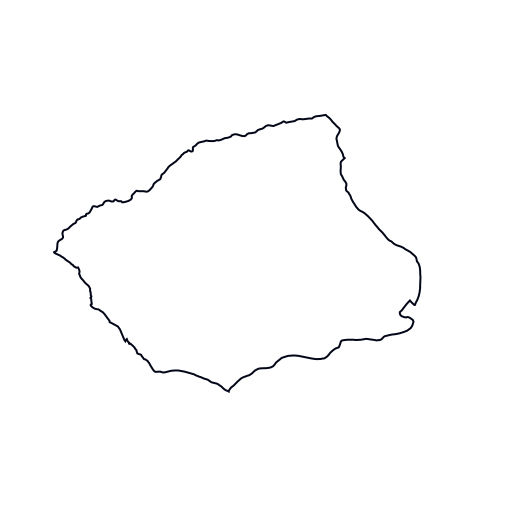 Guacamayas, Boyacá, Colombia (orthographic projection), rotated 309°
{"feature_id": "7082276B5758535109940", "entity_name": "Guacamayas", "entity_type": "district", "adm_level": 2, "iso_a3": "COL", "parent_name": "Colombia", "parent_adm1": "Boyacá", "projection": "orthographic", "projection_center": [-72.516, 6.443], "detail": "fine", "context": "isolated", "style": "outline", "palette": "ink", "viewbox_px": 512, "rotation_deg": 309, "n_neighbors": 0, "source": "geoboundaries", "source_scale": "gbopen_adm2", "svg_char_len": 6105}
<svg xmlns="http://www.w3.org/2000/svg" viewBox="0 0 512 512"><g transform="rotate(309 256 256)"><path d="M165.6,93.8L161.7,93.1L159.5,92.9L158.4,92.6L156.7,91.7L155.7,90.8L154.8,90.5L154.0,90.4L151.9,91.2L150.5,92.7L149.8,93.7L149.0,94.3L148.2,94.5L147.3,94.5L144.0,93.3L142.9,93.2L142.0,93.3L141.0,93.7L137.1,96.4L135.0,97.6L134.4,97.7L131.9,96.7L131.6,97.6L131.8,98.7L133.0,103.3L133.2,105.6L133.5,107.3L133.5,109.6L133.3,110.3L133.8,115.5L133.5,117.9L133.8,119.4L133.5,120.1L133.4,121.3L133.4,121.8L133.7,122.1L133.7,123.1L133.8,123.6L134.5,124.5L135.1,124.9L134.4,126.5L133.5,128.0L132.9,128.6L130.7,129.9L130.2,131.1L129.2,132.7L128.7,134.1L128.4,136.5L127.6,140.1L127.4,144.9L127.1,145.7L126.1,147.8L124.4,149.0L123.9,150.2L123.3,150.6L122.3,151.7L121.3,152.6L121.1,153.4L120.7,153.6L119.5,153.7L119.7,154.1L116.4,157.4L115.6,158.4L115.2,158.6L114.8,158.3L114.1,158.2L113.8,158.4L113.5,159.0L113.3,159.9L113.3,162.0L113.5,163.4L114.0,164.8L115.4,167.3L115.6,170.2L115.9,172.5L115.5,174.9L113.5,182.7L113.3,183.2L112.5,183.9L113.1,186.4L114.3,193.0L113.3,196.6L107.8,206.8L107.5,208.1L108.6,207.8L110.1,207.9L109.0,209.9L108.8,210.7L108.8,211.9L108.0,212.4L108.2,213.1L108.3,213.3L108.9,213.8L108.7,214.4L108.8,215.3L108.5,219.0L107.8,220.6L107.7,221.7L107.6,222.2L107.0,223.0L106.6,223.5L105.6,225.2L106.9,228.9L106.8,229.3L106.3,230.1L105.9,232.2L105.4,233.6L105.4,234.0L106.0,235.0L106.2,237.8L105.7,239.4L105.5,240.7L104.8,242.0L102.9,247.4L102.5,249.1L102.5,250.0L102.7,250.8L105.8,254.2L106.8,256.8L108.1,258.3L113.3,262.2L116.1,265.1L118.1,267.6L121.2,273.3L124.9,281.9L125.5,284.6L126.5,287.9L127.1,289.3L128.0,292.7L129.5,296.3L129.8,300.6L130.1,301.5L132.1,305.7L132.5,307.4L132.5,308.9L132.8,310.9L132.5,314.2L132.6,316.8L133.4,319.3L133.5,320.1L134.4,319.6L137.3,319.4L139.1,319.6L140.8,320.1L146.8,320.7L151.2,321.4L152.9,322.0L154.4,322.8L157.7,324.8L158.7,325.5L159.8,326.0L162.0,326.7L165.1,327.1L166.3,327.3L167.7,327.8L170.0,328.9L171.1,329.8L173.1,332.0L175.5,334.8L178.4,337.4L179.8,338.1L181.2,338.7L184.2,338.8L185.7,338.6L192.9,340.1L194.3,340.9L198.7,343.9L202.6,348.1L205.0,351.6L211.4,363.8L213.1,366.7L214.5,368.6L216.8,371.2L218.2,372.2L219.0,373.2L220.1,373.8L222.6,374.5L224.6,374.7L227.7,374.6L230.8,375.1L233.2,375.7L234.5,376.2L236.7,377.6L237.4,377.8L239.5,377.1L243.0,375.8L244.0,375.8L244.8,376.3L246.1,377.4L248.3,379.6L252.2,384.3L253.3,386.2L256.8,390.1L260.0,392.9L261.1,393.9L264.0,398.8L265.2,400.7L266.2,402.7L266.5,403.1L267.3,403.7L268.4,404.9L269.4,405.6L270.9,406.0L273.7,406.2L274.9,406.7L279.6,410.3L281.2,411.7L282.4,413.0L285.8,415.9L289.8,418.6L292.9,420.4L297.3,421.6L300.1,421.3L302.8,420.3L304.1,419.7L305.0,418.1L304.8,414.6L304.4,413.0L303.7,411.9L303.0,411.6L301.9,410.0L300.9,407.2L301.0,405.6L301.3,404.7L301.8,404.0L302.9,403.1L305.5,403.5L308.1,403.4L313.6,403.3L318.3,403.6L317.9,405.7L317.7,408.1L317.6,409.7L318.0,410.3L320.6,409.5L323.7,408.9L327.2,407.7L330.5,406.1L334.8,403.5L335.1,403.0L335.6,402.7L343.0,397.2L345.3,395.0L347.6,393.1L350.2,390.5L351.9,388.1L352.5,386.9L353.1,384.5L355.3,381.8L355.8,380.6L356.0,379.1L356.2,373.2L355.2,367.5L355.2,365.9L354.6,363.0L352.8,358.3L352.3,355.4L352.5,352.3L352.4,351.4L352.0,350.1L352.0,348.2L352.5,345.3L353.0,343.4L353.8,339.4L354.2,334.9L354.8,332.3L355.3,329.3L356.6,324.0L357.4,318.1L357.6,313.3L357.3,311.0L356.7,308.5L356.6,306.4L357.2,303.1L358.8,298.4L359.0,297.5L360.3,294.5L360.8,293.5L361.9,292.0L362.4,290.9L362.8,289.4L363.5,288.0L363.5,285.7L363.7,284.8L365.5,282.9L366.1,282.5L367.0,282.2L368.7,281.1L369.1,280.6L369.8,279.1L370.5,276.2L370.9,275.3L372.3,272.5L372.5,271.7L373.2,270.2L375.1,268.4L379.1,265.5L380.9,263.7L382.4,262.8L383.9,262.8L387.9,263.3L387.9,262.3L388.2,261.5L389.9,259.2L391.1,256.7L392.1,253.7L392.7,251.4L393.5,249.9L394.4,248.8L396.2,246.7L397.4,245.1L398.2,244.4L400.2,243.5L403.8,243.0L405.9,242.4L407.0,241.7L407.3,241.2L407.6,239.9L407.7,237.0L408.2,233.6L408.4,231.3L409.2,227.7L409.4,225.3L409.3,223.3L409.5,221.9L409.4,221.3L405.2,217.6L402.3,214.7L400.3,213.5L398.7,213.2L398.0,212.9L396.1,210.6L391.8,206.5L390.1,203.9L388.9,202.8L387.5,201.9L385.6,201.3L384.9,200.9L380.7,197.2L378.8,195.8L378.5,195.1L378.4,193.9L378.2,193.1L377.8,192.6L376.3,192.1L375.6,192.0L367.9,187.7L365.5,183.4L364.9,182.9L363.3,181.9L360.1,181.2L358.8,180.7L357.1,179.4L355.0,178.2L352.0,177.8L351.5,177.6L349.0,175.5L346.6,173.0L344.9,172.4L343.2,172.2L342.5,172.0L341.5,171.1L340.6,169.8L338.6,164.8L338.1,164.0L337.7,163.4L336.4,162.2L334.8,161.3L334.3,161.2L333.4,161.4L332.3,161.0L330.1,159.6L327.8,157.5L324.6,155.9L323.0,154.8L322.3,154.2L321.4,152.7L319.5,151.5L318.4,150.5L315.7,147.0L314.7,145.2L314.4,144.7L312.7,143.7L308.4,140.3L306.6,139.7L304.0,139.5L302.9,139.2L301.3,138.6L300.9,138.6L300.1,139.0L299.3,139.8L298.3,140.5L297.8,140.7L297.4,140.7L296.4,139.9L296.2,139.6L296.0,138.0L295.7,137.1L295.3,136.8L293.8,136.7L293.2,136.5L291.7,135.6L290.7,135.2L289.5,135.2L287.7,134.7L286.2,134.9L284.2,134.8L281.6,134.4L279.2,134.2L271.8,132.2L270.3,132.0L269.5,132.0L268.2,132.2L265.9,132.2L263.6,132.3L262.3,132.2L260.7,131.7L259.9,131.6L258.9,131.8L257.7,132.5L255.9,133.1L255.4,133.2L252.0,131.9L248.3,131.2L247.3,131.3L245.5,131.9L244.0,132.1L242.3,131.9L241.4,132.0L239.1,131.6L237.8,131.1L236.9,130.2L235.7,128.0L232.3,123.7L231.6,122.2L231.2,122.0L230.0,121.8L227.6,121.7L226.5,121.5L225.5,121.5L224.6,121.6L224.2,121.8L223.4,122.7L222.8,123.1L221.4,123.2L220.2,122.9L218.3,122.1L215.7,120.3L214.2,119.0L213.5,118.2L213.7,117.0L213.7,116.7L211.9,114.5L211.5,111.4L211.3,111.1L210.6,110.8L209.0,110.9L208.4,110.6L207.5,109.5L207.2,108.9L206.6,107.0L206.2,106.5L205.3,105.6L204.3,104.8L202.9,104.2L202.2,104.2L201.6,104.2L200.4,104.5L199.3,104.5L198.9,104.4L196.7,102.8L195.4,102.3L194.3,101.7L194.0,101.3L192.9,98.9L192.4,98.3L191.4,98.0L189.6,98.5L185.6,99.2L184.6,99.2L183.3,98.7L182.1,97.8L181.6,97.7L181.2,97.8L180.3,98.5L180.1,98.5L179.5,98.1L179.2,97.7L176.4,96.0L175.6,95.7L173.8,95.5L173.1,95.2L172.5,94.5L171.7,94.3L170.9,94.3L170.0,94.4L169.0,94.8L168.1,94.9L165.6,93.8Z" fill="none" stroke="#020617" stroke-width="2"/></g></svg>